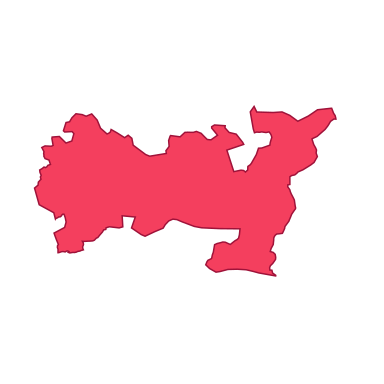 Kankia, Katsina, Nigeria, rotated 260°
{"feature_id": "59680162B50176982462081", "entity_name": "Kankia", "entity_type": "district", "adm_level": 2, "iso_a3": "NGA", "parent_name": "Nigeria", "parent_adm1": "Katsina", "projection": "equal_earth", "projection_center": [7.787, 12.43], "detail": "fine", "context": "isolated", "style": "filled", "palette": "rose", "viewbox_px": 384, "rotation_deg": 260, "n_neighbors": 0, "source": "geoboundaries", "source_scale": "gbopen_adm2", "svg_char_len": 3966}
<svg xmlns="http://www.w3.org/2000/svg" viewBox="0 0 384 384"><g transform="rotate(260 192 192)"><path d="M242.5,346.2L245.0,345.1L250.2,344.1L250.3,343.7L251.2,329.9L248.6,324.2L246.6,319.7L243.3,308.5L250.5,301.6L255.2,294.6L256.2,285.7L259.5,269.7L265.5,268.0L260.8,263.3L243.4,263.3L239.5,263.8L239.8,266.1L239.1,268.8L239.1,271.1L238.3,273.4L237.7,275.2L237.8,278.3L235.8,279.4L234.0,279.9L231.9,280.1L228.7,278.4L227.3,277.7L224.6,276.8L223.2,268.3L223.6,265.1L217.6,261.8L210.6,256.0L210.3,255.8L208.8,254.2L207.5,251.5L206.8,251.3L204.0,250.7L202.4,248.1L204.2,246.6L205.0,244.1L204.8,236.7L227.2,233.6L229.9,251.2L232.2,250.5L232.3,250.4L232.5,250.3L241.3,245.6L242.1,243.8L244.2,238.9L249.5,235.6L251.5,236.2L254.1,225.8L252.9,222.7L251.5,222.5L243.5,227.0L240.1,219.8L240.1,219.7L240.5,218.1L241.1,216.1L244.2,213.9L248.2,211.2L250.9,206.8L250.5,203.8L250.5,203.7L251.1,200.5L251.7,197.6L251.7,196.6L252.0,195.5L251.4,194.5L248.5,190.0L248.4,189.9L251.2,181.0L251.3,180.9L250.9,180.2L246.7,177.9L246.4,177.9L240.9,177.4L239.6,176.1L237.2,173.5L234.4,173.4L234.6,156.6L236.9,152.9L248.3,142.2L255.3,142.1L259.0,139.0L257.2,135.1L263.3,128.4L267.6,123.2L266.6,122.7L266.1,122.4L265.8,122.3L265.2,121.9L264.7,120.9L264.4,120.4L263.9,118.4L270.7,113.0L279.3,111.1L286.3,106.8L285.0,100.9L287.3,97.3L289.2,91.3L286.0,86.7L282.4,83.6L282.3,80.0L274.6,76.0L273.2,77.0L272.3,84.4L270.0,85.8L263.1,82.5L262.1,76.4L269.7,71.0L270.4,63.8L268.9,63.3L262.0,63.3L261.5,61.4L262.9,55.2L261.9,51.8L257.5,53.2L255.3,52.5L254.2,52.7L253.1,52.3L250.4,53.1L248.3,56.7L243.7,57.4L243.3,54.7L242.0,53.4L241.5,51.8L242.3,50.6L241.1,48.5L240.1,45.8L237.7,45.7L235.0,46.3L234.7,46.4L233.7,45.8L233.5,45.5L233.1,45.3L231.8,45.4L230.8,45.5L228.4,42.4L225.5,41.6L223.2,37.6L206.0,39.3L195.6,52.3L189.0,52.8L189.6,53.4L189.8,54.5L190.0,55.3L190.6,56.3L190.4,57.7L190.7,58.5L191.3,59.4L192.1,60.0L192.6,61.0L192.3,62.1L188.8,62.7L184.3,62.8L179.2,60.4L175.5,49.0L171.8,49.6L170.3,49.9L168.6,50.2L165.8,50.8L163.5,51.3L162.6,50.3L160.9,49.8L158.8,50.1L155.5,49.5L155.4,50.4L155.6,51.4L155.9,53.5L155.7,54.9L155.0,56.7L155.6,58.2L155.5,59.3L154.8,60.4L154.1,59.6L153.2,61.1L153.2,62.5L153.2,64.1L152.8,65.9L152.9,67.9L153.3,68.9L153.3,71.5L153.6,72.2L153.9,75.0L155.2,74.7L156.9,74.7L159.0,76.0L160.9,76.1L162.5,75.5L162.0,77.8L161.7,80.7L161.3,83.5L161.1,85.8L161.5,87.5L163.2,89.8L163.5,91.3L165.7,93.8L168.2,96.9L170.0,98.4L170.1,100.6L171.7,101.2L172.1,104.6L169.3,114.0L169.7,117.8L180.7,119.1L177.2,131.8L167.1,126.2L158.9,134.6L156.6,138.1L159.4,148.4L161.4,157.3L164.5,160.0L167.5,164.0L168.0,165.9L168.4,167.6L168.6,168.5L167.4,172.4L164.2,177.3L157.7,188.3L155.1,195.2L151.5,211.3L151.1,213.1L147.4,232.9L141.5,231.2L138.4,229.8L137.3,228.1L136.6,226.0L133.7,220.6L135.3,218.2L136.3,216.8L136.8,216.0L137.4,213.6L137.1,211.0L136.9,207.8L136.2,205.1L128.9,202.5L126.5,201.1L123.4,199.9L122.9,199.2L122.0,195.9L120.7,194.6L117.9,192.9L113.6,196.0L108.9,201.7L108.8,205.7L109.5,213.9L108.1,223.2L106.0,231.9L103.2,238.4L100.7,243.7L94.8,259.8L95.4,260.0L97.5,258.0L98.2,257.3L101.1,257.1L101.6,255.1L103.9,255.3L104.2,255.4L105.8,256.4L107.6,259.1L110.0,261.5L111.2,262.6L113.2,263.1L116.2,263.1L118.4,261.5L119.8,258.7L122.6,260.1L126.2,262.9L129.1,263.7L129.6,263.9L132.7,264.6L134.7,266.1L135.3,267.0L135.9,268.2L135.7,270.8L135.6,273.8L136.2,274.3L137.6,275.3L140.0,276.9L141.8,277.5L146.5,282.4L147.6,283.0L149.7,284.4L152.8,286.3L156.4,289.8L157.5,291.0L158.4,291.3L160.3,291.2L163.5,291.3L166.3,291.4L168.2,290.9L172.9,289.4L175.2,288.9L177.3,288.7L180.4,287.2L182.4,287.6L182.4,289.7L185.2,290.2L190.0,291.0L190.9,293.0L191.0,296.2L192.2,298.4L193.3,299.8L194.1,303.0L194.6,305.1L198.0,313.6L199.9,317.3L205.1,321.6L208.8,321.0L211.7,321.9L214.0,321.4L217.7,320.1L223.0,319.4L223.6,319.5L225.0,324.8L230.5,333.9L233.2,336.9L235.0,338.6L236.6,339.9L237.6,340.9L239.2,344.3L238.8,346.4L240.3,346.4L242.5,346.2Z" fill="#f43f5e" stroke="#9f1239" stroke-width="1.5"/></g></svg>